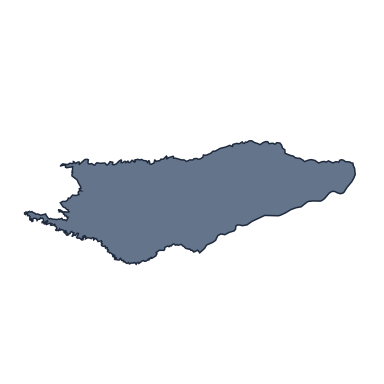 outline of Circasia, Quindío, Colombia, rotated 36°
{"feature_id": "7082276B86132048215988", "entity_name": "Circasia", "entity_type": "district", "adm_level": 2, "iso_a3": "COL", "parent_name": "Colombia", "parent_adm1": "Quindío", "projection": "albers", "projection_center": [-75.684, 4.608], "detail": "fine", "context": "isolated", "style": "filled", "palette": "slate", "viewbox_px": 384, "rotation_deg": 36, "n_neighbors": 0, "source": "geoboundaries", "source_scale": "gbopen_adm2", "svg_char_len": 6011}
<svg xmlns="http://www.w3.org/2000/svg" viewBox="0 0 384 384"><g transform="rotate(36 192 192)"><path d="M307.2,76.0L305.1,74.1L303.6,74.9L302.2,74.9L297.9,77.4L296.3,77.2L294.2,77.8L292.8,79.6L293.2,80.6L293.1,81.5L290.5,83.0L288.8,85.7L284.1,86.6L283.1,88.7L282.5,89.3L281.5,89.3L279.6,90.8L277.4,94.1L272.9,94.2L269.6,95.6L267.9,97.2L265.1,101.3L263.2,101.0L259.5,101.3L256.8,103.0L255.2,103.6L252.8,103.4L250.3,104.5L244.6,106.0L242.2,103.2L239.7,103.4L236.8,101.4L234.4,100.7L231.6,102.2L231.1,104.6L229.0,104.9L227.2,106.3L226.3,107.4L225.7,107.6L223.7,106.8L222.0,107.9L220.5,110.1L219.2,113.8L217.2,114.0L213.4,115.3L210.5,115.4L208.9,116.4L208.1,117.2L207.2,119.6L205.9,120.2L205.7,122.0L204.5,122.4L203.1,122.0L202.1,124.8L201.0,125.8L199.8,126.2L197.3,129.2L197.2,130.0L198.0,131.1L197.9,131.5L195.2,132.0L192.7,136.0L189.3,139.9L186.7,145.5L185.0,146.6L184.4,149.6L182.1,153.6L181.1,154.5L179.5,155.3L180.3,157.5L179.4,160.0L178.0,161.8L176.3,162.0L174.1,163.8L173.8,165.6L171.4,167.3L169.7,170.4L166.7,170.7L164.8,172.1L158.9,174.3L157.2,175.5L156.3,174.3L155.7,174.2L153.0,177.8L152.2,179.9L151.7,179.7L150.9,178.1L150.2,178.0L149.5,182.4L147.5,183.7L147.5,185.7L145.9,187.1L145.1,188.3L143.6,187.9L143.1,188.1L144.2,191.0L142.5,193.8L141.5,194.1L139.4,192.1L138.7,192.1L138.4,192.6L138.9,194.3L136.5,193.7L134.2,195.1L132.2,195.2L130.7,196.9L128.9,197.4L126.9,199.8L128.2,200.7L128.1,201.4L127.5,201.7L125.7,201.4L124.8,201.6L124.6,204.0L123.9,205.2L123.3,205.3L122.0,204.7L121.4,207.0L120.5,206.4L119.6,206.6L118.6,208.9L117.6,209.8L117.0,209.5L116.3,207.8L115.7,207.8L114.8,209.9L114.3,213.6L112.9,215.9L111.5,216.4L110.5,214.5L107.9,215.6L108.0,218.4L107.4,220.1L106.7,220.3L105.1,219.7L104.2,219.9L100.9,222.8L97.9,224.2L97.5,225.4L97.6,227.1L97.0,227.8L94.1,228.0L92.6,229.6L91.6,230.0L90.4,229.3L89.3,226.9L88.2,227.1L86.9,228.0L86.1,229.2L84.7,235.8L84.2,235.7L83.1,234.1L82.0,234.9L80.9,237.5L78.9,236.9L78.1,237.1L79.0,238.5L78.6,239.4L76.3,240.5L75.4,242.7L74.5,243.4L70.9,245.2L70.2,247.8L70.4,248.1L73.2,244.8L73.6,245.2L74.1,244.9L75.2,246.3L76.1,245.8L76.4,246.0L80.6,241.7L81.1,242.8L82.0,243.5L82.7,245.6L83.7,245.9L83.4,246.7L84.3,247.2L84.6,248.5L85.6,249.6L92.0,249.7L95.1,251.6L98.3,252.9L99.9,254.4L98.9,255.6L99.7,256.2L101.5,256.2L100.5,256.8L99.9,258.2L100.4,259.6L102.0,260.6L100.2,263.0L97.2,264.7L96.9,268.8L96.4,269.4L95.5,269.6L96.0,271.3L95.7,273.0L95.0,274.1L92.9,275.6L91.8,278.1L96.5,279.8L99.0,279.3L100.6,279.7L102.6,279.4L103.2,280.4L104.0,280.4L103.0,281.8L101.8,282.1L100.6,282.9L100.3,283.7L95.9,284.0L94.6,284.7L94.9,285.3L95.4,285.1L96.3,286.1L97.1,284.9L98.0,285.0L99.3,284.5L100.8,284.7L101.1,285.4L102.3,285.1L103.2,286.0L104.3,285.2L105.5,285.8L106.7,285.3L107.2,289.0L105.3,289.3L104.0,290.5L102.1,289.8L101.1,291.7L100.1,292.1L99.0,293.6L95.1,295.9L93.0,296.6L92.3,297.7L91.3,297.8L87.7,296.6L86.5,295.8L83.3,299.7L80.2,300.4L78.6,301.8L77.5,301.5L75.0,302.1L74.0,301.9L72.9,303.4L71.9,303.2L70.9,305.0L69.5,305.7L68.8,307.3L69.6,308.2L70.7,308.1L70.9,306.5L71.7,306.1L72.9,307.8L74.2,306.9L75.5,307.1L76.2,308.8L77.2,309.8L78.1,309.6L77.6,308.7L77.7,308.2L78.7,308.1L79.2,309.7L79.9,309.9L80.4,309.0L79.2,307.5L79.4,306.1L81.6,305.0L83.4,306.1L83.4,304.7L84.8,303.6L84.5,301.9L85.7,301.9L86.3,301.0L87.5,301.3L88.8,302.5L88.9,303.1L88.3,304.4L88.9,304.9L90.0,303.4L90.8,304.6L91.7,304.4L91.2,301.1L91.7,300.3L92.5,300.6L92.5,303.0L92.8,303.7L93.4,303.9L94.8,301.5L95.9,300.5L97.1,300.1L96.9,301.8L97.5,301.9L99.3,300.1L99.9,298.8L100.3,299.0L100.4,300.1L102.3,299.8L103.7,300.7L104.2,301.3L104.0,302.7L104.4,303.0L104.9,302.9L105.4,302.2L106.7,301.8L106.6,299.6L107.8,300.4L108.9,298.8L109.7,298.6L111.0,299.1L112.6,297.5L113.0,297.6L113.2,298.1L112.5,299.8L113.8,299.9L113.5,298.6L114.3,298.3L115.5,299.0L115.5,300.4L116.3,300.5L117.3,299.1L117.1,298.0L117.8,297.0L117.4,295.7L118.0,294.6L119.3,295.1L120.5,294.5L120.9,298.1L121.4,298.0L121.6,296.1L123.2,295.7L123.3,293.1L124.2,292.3L124.6,292.5L124.9,293.4L125.4,296.6L126.4,296.7L128.2,295.4L131.1,295.6L131.9,294.6L130.5,294.1L131.2,293.2L130.0,292.6L130.1,291.4L131.3,291.6L131.1,290.4L132.2,290.4L133.4,292.5L134.4,290.5L136.5,289.2L137.9,289.0L138.4,287.3L140.3,286.8L140.1,288.0L140.6,288.5L141.2,286.7L142.0,286.0L145.2,287.3L147.2,284.8L148.2,285.1L148.3,286.4L149.8,286.6L149.7,288.0L151.0,288.5L152.3,288.0L153.4,286.8L155.0,288.2L155.6,287.0L156.1,286.8L156.9,288.1L158.5,288.1L158.4,289.4L158.8,289.9L160.1,289.4L161.4,289.7L162.1,289.1L164.6,289.2L165.7,288.8L166.0,289.2L165.3,290.2L165.9,290.7L166.5,290.7L167.3,289.3L168.7,291.5L169.1,290.0L169.4,289.8L170.0,291.5L173.0,289.9L173.2,289.1L172.9,288.0L173.2,287.6L175.2,288.7L176.8,287.7L177.3,288.6L177.9,288.3L178.2,288.5L178.7,287.8L180.0,288.2L181.5,287.9L182.1,286.5L183.6,287.0L184.8,285.0L186.5,283.8L187.2,282.7L189.3,283.3L189.2,281.4L189.8,280.6L191.0,281.1L192.3,276.9L193.1,275.9L194.1,276.1L195.5,274.8L196.2,272.8L197.1,272.4L197.1,271.8L196.4,271.6L197.2,270.6L197.1,269.4L197.7,268.9L198.3,269.4L198.6,269.1L200.3,264.9L199.8,262.4L198.6,262.1L199.8,258.4L203.6,255.7L203.7,254.7L202.6,252.8L203.8,250.5L204.4,250.0L205.5,249.8L205.9,249.3L205.7,248.5L206.9,247.9L207.1,245.7L207.6,245.0L208.5,244.6L209.5,244.8L210.2,244.5L210.7,243.4L212.1,243.2L214.2,240.6L216.5,241.1L217.6,240.8L220.0,241.3L222.7,240.3L223.9,239.4L225.3,239.9L226.2,239.1L228.6,239.5L228.6,238.8L229.2,238.8L229.7,238.1L230.5,236.0L231.2,236.1L231.4,235.8L234.0,236.7L235.3,230.3L235.0,226.3L238.4,220.5L239.5,217.2L238.5,212.2L240.1,208.9L243.7,207.2L245.7,203.0L249.0,198.6L249.1,196.6L247.6,193.9L247.8,192.5L249.5,190.9L252.6,189.6L255.8,186.3L257.9,180.3L264.6,168.2L275.4,160.8L276.8,159.4L279.9,153.9L282.4,148.0L285.5,143.5L289.0,139.8L290.8,133.1L291.7,131.2L295.3,128.0L301.1,124.0L302.1,122.6L303.1,119.5L303.6,112.5L304.7,109.6L305.7,108.6L307.4,107.6L310.2,107.2L313.0,106.2L314.7,104.2L315.1,102.6L314.7,97.3L315.2,89.9L314.8,86.1L313.8,81.9L309.5,77.2L307.2,76.0Z" fill="#64748b" stroke="#1e293b" stroke-width="1.5"/></g></svg>